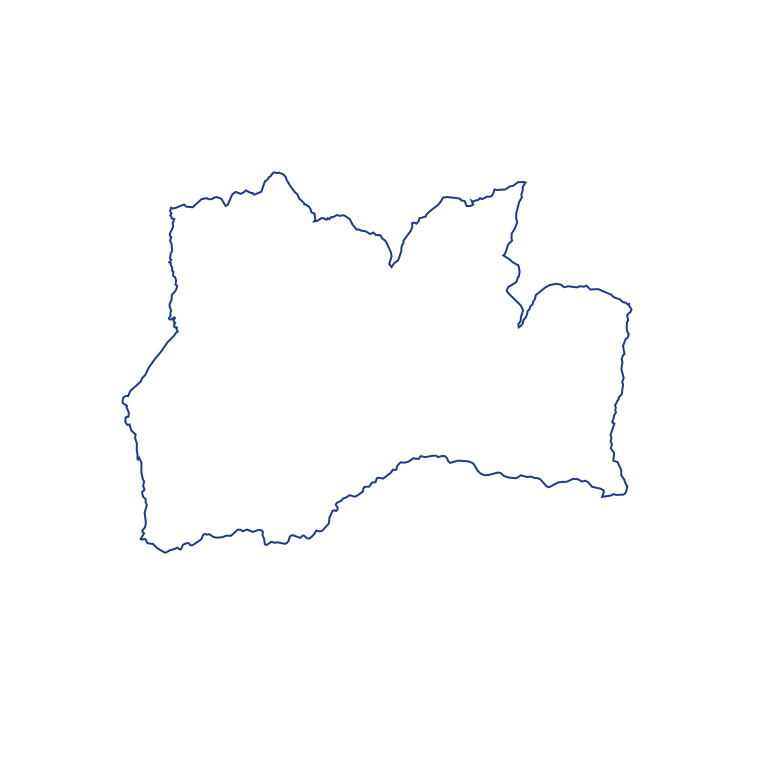 outline of Chaguarpamba, Loja, Ecuador, rotated 203°
{"feature_id": "8360857B56169079883124", "entity_name": "Chaguarpamba", "entity_type": "district", "adm_level": 2, "iso_a3": "ECU", "parent_name": "Ecuador", "parent_adm1": "Loja", "projection": "natural_earth1", "projection_center": [-79.675, -3.85], "detail": "fine", "context": "isolated", "style": "outline", "palette": "blue", "viewbox_px": 768, "rotation_deg": 203, "n_neighbors": 0, "source": "geoboundaries", "source_scale": "gbopen_adm2", "svg_char_len": 6166}
<svg xmlns="http://www.w3.org/2000/svg" viewBox="0 0 768 768"><g transform="rotate(203 384 384)"><path d="M608.7,252.4L607.4,248.1L604.2,246.0L602.4,247.3L598.5,242.5L592.9,240.5L592.1,237.2L588.2,232.6L585.8,226.6L583.1,222.4L581.7,218.7L580.9,218.4L580.6,220.4L576.4,216.7L573.0,208.2L568.7,201.9L566.8,200.7L565.8,195.9L563.3,193.4L563.3,192.1L564.3,190.9L564.4,189.8L561.8,186.1L558.4,184.9L557.0,181.7L555.0,179.9L554.0,171.9L548.9,163.1L548.0,158.7L549.1,154.4L548.5,153.5L546.5,152.8L547.4,146.2L546.1,146.2L543.4,148.0L539.3,145.1L534.1,146.5L528.4,144.3L520.9,143.2L519.0,143.5L515.9,147.5L512.6,150.0L510.3,152.6L507.8,152.0L506.4,152.3L506.1,157.6L503.4,160.4L501.7,161.2L499.0,159.9L497.3,160.8L492.1,168.5L491.4,170.6L491.5,174.6L490.5,175.9L487.9,176.2L486.2,177.5L481.2,176.5L478.1,177.1L472.9,179.8L469.9,182.8L465.6,184.4L461.9,192.2L460.7,193.3L458.8,193.8L456.7,193.2L453.2,196.5L447.0,196.6L441.9,201.1L439.4,201.4L437.7,200.6L436.8,197.4L434.2,195.0L431.0,189.9L429.2,189.9L426.0,194.7L422.7,195.1L420.0,196.7L412.9,198.1L411.5,199.2L410.5,202.1L411.0,206.1L410.5,208.0L408.9,209.2L401.0,209.6L399.7,212.4L398.8,213.2L394.6,211.9L392.6,212.4L391.1,214.6L389.4,219.4L389.2,222.5L385.6,223.2L383.5,224.8L380.6,233.0L380.4,234.9L382.0,239.4L381.8,247.1L380.6,248.3L378.5,248.4L377.7,250.2L378.3,252.0L381.2,253.9L381.1,255.9L377.5,260.3L377.0,262.5L374.7,264.5L372.2,268.2L367.5,268.7L366.2,269.3L364.0,272.3L361.4,277.0L362.2,279.6L361.9,281.5L357.4,283.9L356.5,288.6L353.4,290.3L353.8,294.4L353.0,295.3L347.8,296.7L343.0,305.0L342.4,308.6L340.0,309.3L339.3,310.1L339.8,314.3L338.0,318.5L334.8,319.4L331.5,321.6L327.9,327.1L322.9,328.5L321.9,332.0L317.5,332.8L310.8,337.2L307.9,338.3L305.5,337.9L302.5,340.4L300.1,341.4L296.9,340.3L294.9,338.2L292.3,337.2L286.1,342.3L276.7,345.6L272.4,345.9L270.1,345.4L263.5,340.5L259.7,339.2L255.9,339.3L252.5,340.9L244.7,346.9L241.9,347.7L237.8,346.2L232.4,346.7L225.5,348.9L222.2,353.5L216.4,354.2L212.2,356.3L208.6,356.3L205.8,357.4L202.3,357.1L194.5,353.4L191.8,353.4L185.1,361.6L177.4,365.6L172.9,370.5L168.5,372.1L163.6,371.6L160.5,373.8L157.4,373.2L152.3,370.7L143.4,372.3L140.1,371.8L139.4,370.3L139.2,365.3L131.5,370.0L129.6,372.3L126.8,372.7L120.4,375.7L119.4,377.1L119.1,379.5L119.9,384.7L122.2,386.3L125.6,389.9L130.0,392.8L132.2,397.7L138.6,403.5L142.5,402.9L143.2,403.5L144.7,409.3L145.8,410.8L150.1,413.3L150.6,417.5L153.1,419.9L153.5,423.2L155.6,425.7L156.5,437.6L158.5,437.7L159.1,438.3L159.1,441.4L159.9,444.6L159.4,448.5L160.8,450.0L161.4,452.9L162.9,454.5L162.6,459.8L162.0,461.7L162.7,463.3L161.2,467.2L161.4,468.3L163.8,477.1L165.4,478.7L165.8,483.3L171.3,490.4L173.2,497.7L174.9,499.7L175.2,504.0L174.3,505.5L178.9,512.5L179.1,519.7L177.8,522.1L178.0,524.2L178.2,525.5L180.6,527.4L182.4,530.3L184.5,535.7L184.1,538.0L186.9,541.9L186.6,544.2L185.3,546.4L185.3,549.3L189.1,552.0L189.7,553.3L190.4,552.5L193.1,553.3L196.0,552.7L199.8,554.0L206.6,553.7L209.6,555.0L224.0,555.0L231.0,551.6L236.0,553.6L238.1,551.6L242.0,550.5L244.2,548.3L252.5,546.0L256.0,543.5L260.2,544.6L265.0,543.3L270.3,539.7L273.4,535.6L279.0,525.2L278.2,520.7L279.0,517.8L278.3,515.6L279.6,512.4L279.3,509.4L280.3,507.5L279.5,503.6L279.6,500.1L280.6,497.6L280.0,493.6L281.0,490.3L282.1,488.8L283.7,491.6L282.8,495.3L284.2,499.4L284.6,505.4L285.5,506.9L289.0,509.8L305.1,516.2L307.5,517.7L307.6,521.6L302.3,529.0L302.0,530.5L302.5,534.7L301.9,535.8L303.0,540.2L305.5,544.3L306.9,545.7L313.1,546.4L317.2,547.8L324.4,549.0L323.6,550.8L323.5,552.9L324.2,561.3L322.1,566.0L323.6,568.1L325.2,572.3L324.3,578.7L324.6,585.0L327.1,588.1L328.9,592.5L330.7,604.3L330.0,609.7L331.6,612.0L331.9,616.0L333.3,619.7L332.5,624.8L334.5,624.4L339.4,622.2L342.9,616.5L345.4,615.1L348.1,610.6L356.1,606.6L358.3,606.3L357.9,601.9L358.4,598.9L360.0,597.6L362.0,597.0L366.0,592.4L368.2,592.7L369.2,590.3L372.0,588.2L373.0,586.6L374.9,586.9L371.9,583.9L374.2,581.5L377.4,580.2L381.2,583.9L384.8,583.2L385.4,583.9L387.6,584.1L398.6,580.9L402.6,578.6L402.9,574.4L404.2,570.0L409.2,561.2L411.0,557.0L411.1,554.4L416.2,550.3L415.7,547.7L416.8,544.3L419.5,544.3L420.9,543.1L419.3,539.4L419.3,535.0L422.1,523.7L421.2,521.5L421.6,518.4L421.0,515.5L419.9,513.0L419.3,503.5L421.9,499.0L422.7,494.6L426.1,496.5L426.8,504.2L429.0,507.8L436.8,515.0L438.9,516.4L443.1,517.5L444.8,519.3L446.7,519.3L449.5,517.9L452.9,519.3L455.4,516.6L460.7,517.4L464.7,516.3L467.6,516.4L469.5,515.4L475.6,518.7L479.9,522.4L486.2,523.6L488.3,523.0L490.0,521.6L493.4,521.1L496.1,517.6L497.9,517.0L498.7,514.4L500.6,514.7L500.8,513.2L501.6,512.6L503.3,513.1L506.4,512.3L509.1,508.1L511.8,506.4L511.5,508.5L514.6,513.7L517.9,513.6L519.6,516.0L522.6,518.1L524.0,518.0L525.5,518.7L527.7,518.3L528.3,519.3L534.6,521.7L538.4,525.1L540.4,525.4L547.2,529.4L553.1,533.6L555.5,536.2L558.6,537.6L563.2,537.6L564.9,536.3L567.7,536.0L568.6,535.0L568.8,533.5L569.4,533.1L569.3,531.5L570.8,529.3L571.1,526.8L572.8,523.9L572.0,513.1L577.1,507.9L578.2,507.6L579.6,508.6L580.9,507.8L586.8,508.2L587.8,505.9L590.2,503.1L595.7,502.8L597.7,499.3L597.9,487.6L599.5,486.1L606.0,490.9L611.3,490.7L613.2,489.2L614.7,486.8L617.8,485.6L619.8,485.8L624.1,483.0L629.2,471.9L635.2,470.0L638.2,471.1L644.6,464.7L647.1,463.0L648.9,463.1L648.3,459.3L646.3,458.1L646.6,455.6L645.4,455.2L644.2,453.5L641.6,453.9L641.2,449.0L639.9,447.2L639.5,443.9L639.9,438.4L638.8,436.8L637.3,436.1L636.9,432.3L634.4,430.1L630.9,423.6L631.4,421.0L630.0,416.1L628.4,415.2L629.2,412.1L627.6,412.1L627.0,410.6L624.1,407.9L623.5,405.6L621.9,405.2L620.5,401.3L617.9,400.6L615.8,397.9L614.7,394.0L612.8,393.6L612.3,391.6L612.4,387.6L614.1,383.4L612.4,378.2L612.6,373.7L611.3,371.1L608.8,368.7L608.4,365.7L607.1,363.4L607.6,361.1L607.3,360.0L606.3,359.7L605.1,360.3L603.4,363.2L602.7,363.4L602.1,362.8L602.6,361.2L602.4,359.7L600.1,358.7L600.7,357.6L600.0,356.7L599.7,354.7L598.4,354.4L596.7,355.1L596.2,353.0L594.4,351.6L595.5,349.7L596.1,346.6L599.8,337.1L601.8,326.8L604.4,318.5L606.9,307.4L607.3,298.9L609.0,294.7L608.9,291.1L614.8,278.5L614.8,272.9L616.8,272.3L618.4,270.2L618.6,268.9L617.7,265.3L616.9,264.4L612.0,263.4L612.0,262.0L607.8,258.1L606.4,254.1L608.7,252.4Z" fill="none" stroke="#1e3a8a" stroke-width="2"/></g></svg>